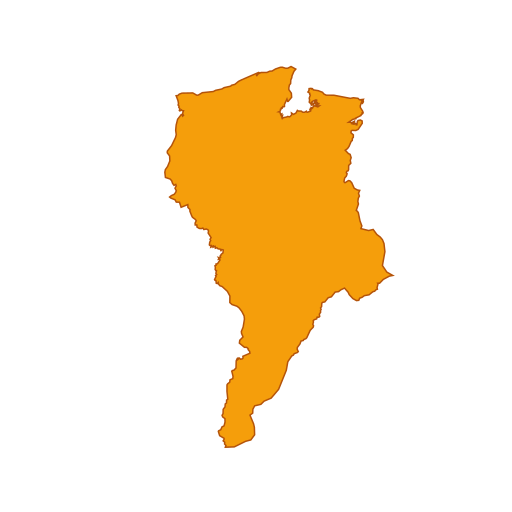 outline of Soalala, Boeny, Madagascar, rotated 22°
{"feature_id": "10022922B91378939255033", "entity_name": "Soalala", "entity_type": "district", "adm_level": 2, "iso_a3": "MDG", "parent_name": "Madagascar", "parent_adm1": "Boeny", "projection": "mercator", "projection_center": [45.414, -16.649], "detail": "fine", "context": "isolated", "style": "filled", "palette": "amber", "viewbox_px": 512, "rotation_deg": 22, "n_neighbors": 0, "source": "geoboundaries", "source_scale": "gbopen_adm2", "svg_char_len": 6046}
<svg xmlns="http://www.w3.org/2000/svg" viewBox="0 0 512 512"><g transform="rotate(22 256 256)"><path d="M303.3,100.3L304.8,93.2L303.8,91.0L301.8,90.8L299.9,92.1L299.6,93.2L300.4,96.6L299.7,96.8L299.2,95.9L298.5,95.8L297.6,97.1L296.0,97.3L296.9,96.2L296.2,96.1L297.1,94.9L296.8,94.1L294.6,96.9L293.4,96.6L291.8,97.3L294.6,93.0L297.1,91.3L296.7,90.9L300.7,86.4L300.5,85.8L301.4,84.3L300.8,83.7L301.7,83.1L300.7,81.8L297.2,79.3L296.4,77.8L296.3,74.2L297.5,74.6L297.8,72.8L297.4,72.1L296.9,72.2L297.2,72.8L295.8,72.4L296.8,71.8L296.9,70.5L293.4,72.4L291.5,71.6L287.0,72.8L284.4,74.5L268.2,77.7L260.8,80.6L258.1,80.3L256.4,79.3L251.7,79.4L247.0,80.5L245.6,79.7L244.9,80.3L244.3,79.9L242.5,80.9L243.1,82.7L242.7,84.5L244.9,85.0L245.2,86.0L246.1,86.5L246.2,89.7L247.3,91.4L247.7,93.4L250.9,94.8L250.3,95.7L252.7,94.2L252.0,93.0L250.2,93.0L250.0,92.5L250.3,91.6L253.1,88.7L253.8,88.9L252.7,90.3L252.8,92.3L253.4,92.2L253.1,90.5L253.5,89.9L253.5,90.7L254.0,90.3L256.0,90.9L254.5,90.7L253.9,92.6L255.6,92.4L257.7,90.7L256.6,92.1L255.2,92.8L255.6,93.1L254.4,93.6L255.8,93.7L255.9,94.2L258.4,93.1L257.5,94.6L254.2,94.8L253.1,95.9L253.0,97.4L251.6,97.7L252.3,98.4L251.3,98.9L252.1,99.6L252.2,100.5L251.5,100.5L252.2,101.3L249.8,103.5L248.9,103.5L248.5,102.9L247.1,104.6L245.4,105.2L243.7,104.7L240.9,105.7L239.8,105.5L239.5,108.4L237.8,110.6L235.3,110.1L236.2,111.8L235.3,114.0L234.8,114.5L233.1,114.7L232.4,115.6L229.6,117.4L228.9,118.7L228.5,118.2L228.3,118.8L228.0,116.2L227.5,117.0L226.3,115.9L227.0,115.3L226.7,114.5L225.8,115.5L224.2,113.5L223.1,113.8L224.1,112.7L224.1,111.1L223.7,110.8L224.7,109.5L223.4,109.1L224.8,109.1L224.8,107.4L225.9,107.3L226.4,106.7L225.6,104.9L225.9,98.9L227.4,100.8L227.9,100.6L229.6,95.5L227.8,91.8L224.1,89.4L223.4,87.6L222.9,84.9L223.5,83.2L222.3,79.7L222.4,77.4L221.9,75.4L222.0,70.6L222.9,67.8L217.5,67.2L215.2,69.9L213.3,70.8L209.7,71.1L207.9,71.9L204.0,75.3L201.6,78.5L199.5,79.5L197.4,81.7L191.9,84.0L189.9,86.2L189.0,89.1L188.8,86.4L190.4,84.8L189.7,84.8L176.7,98.0L174.4,100.6L172.1,104.8L169.3,106.9L168.9,108.0L163.4,111.8L161.7,114.0L156.5,117.5L154.8,119.5L145.0,124.7L142.3,128.3L141.0,129.1L136.3,128.5L126.4,132.7L124.2,134.7L123.5,136.4L121.9,137.3L125.4,141.1L127.0,143.6L127.2,145.2L128.5,145.9L128.8,147.2L130.3,148.0L130.4,149.8L131.1,150.0L132.1,148.4L133.2,148.9L134.4,148.5L134.5,151.4L136.1,152.7L135.6,153.8L134.4,152.6L133.7,152.9L132.1,158.6L132.9,164.4L134.4,169.5L136.6,173.4L137.0,176.3L136.4,185.3L134.5,192.0L135.1,193.6L138.4,195.6L140.5,200.1L140.5,206.1L139.6,209.8L140.1,212.5L142.6,217.1L147.5,216.8L149.6,217.8L151.4,219.9L153.5,221.2L154.8,219.7L155.8,220.9L155.5,223.5L157.6,225.3L157.7,227.0L157.1,229.4L154.9,231.7L153.8,233.7L155.3,234.2L159.9,234.2L161.9,235.9L164.9,234.8L168.3,238.9L173.5,233.9L174.7,236.5L177.3,237.6L177.9,239.2L181.3,242.8L182.6,243.9L186.0,244.8L187.4,245.7L187.2,248.3L188.0,250.0L189.5,249.4L190.5,251.3L193.1,251.7L195.0,251.1L196.3,250.0L197.7,251.0L199.8,249.6L201.7,249.7L202.6,250.6L203.0,252.6L207.5,255.8L207.1,257.7L208.2,258.7L207.9,260.5L208.6,263.2L209.3,263.5L210.5,263.0L210.8,264.7L212.7,262.5L213.3,262.7L213.2,263.6L214.6,262.4L215.4,264.0L216.6,263.0L218.2,263.6L220.1,263.0L221.5,264.1L221.8,262.8L223.4,262.7L224.2,265.5L223.0,267.7L223.2,268.6L222.7,269.6L223.7,270.6L223.2,271.4L221.8,271.5L222.5,272.0L222.4,273.1L223.2,272.6L224.1,273.2L223.2,277.5L221.9,278.5L222.5,279.4L221.6,280.4L222.7,282.0L223.1,283.7L224.1,284.5L224.8,284.3L225.3,287.1L226.5,287.9L225.8,289.2L226.6,289.8L226.4,293.4L227.1,293.9L228.0,293.7L229.4,296.2L230.5,296.0L230.9,294.8L231.6,296.0L233.6,297.1L236.1,297.0L242.7,299.5L246.8,302.9L249.2,309.0L252.0,310.0L257.1,309.7L259.7,310.4L263.6,312.7L267.4,316.0L268.9,318.8L269.6,321.8L270.7,326.8L270.7,331.5L271.6,333.2L274.3,335.9L272.5,340.2L273.2,343.0L279.5,345.0L281.6,344.2L283.4,344.8L283.8,345.8L285.8,346.8L286.8,348.4L281.4,353.9L282.2,355.4L282.0,356.3L280.4,357.5L278.8,356.9L278.0,358.7L277.4,357.5L277.0,358.0L276.9,360.6L279.4,367.3L278.2,370.3L276.9,371.1L276.7,371.9L279.8,376.2L280.4,378.4L278.3,380.5L278.9,382.9L277.6,385.1L277.4,386.4L279.8,392.4L283.5,399.4L282.7,400.6L283.7,403.4L282.9,404.7L283.8,407.5L283.0,410.4L284.5,414.5L284.2,416.4L285.4,417.7L288.1,418.4L289.5,421.6L290.0,425.5L288.5,427.1L288.4,430.3L286.8,432.1L286.8,432.8L289.6,436.2L294.7,437.0L295.1,437.8L294.8,439.7L296.7,440.3L297.3,442.1L299.1,442.9L299.2,444.8L307.4,441.1L315.8,431.7L320.1,428.5L321.7,422.3L318.7,415.5L316.6,412.5L310.0,405.8L311.8,402.9L310.5,399.3L310.9,395.4L316.1,391.7L317.9,387.5L323.3,382.1L326.9,371.2L326.9,350.6L325.1,342.1L326.6,335.3L327.8,333.9L328.0,332.3L330.5,330.0L331.0,328.8L329.0,326.9L328.6,325.3L329.7,321.1L329.6,318.0L331.5,316.6L331.6,315.5L333.2,314.0L333.7,312.7L334.1,304.6L335.7,300.6L335.5,299.1L334.3,298.1L334.0,295.7L333.3,294.6L333.9,293.2L335.8,291.6L335.6,289.8L337.2,289.2L337.7,288.2L336.5,286.2L337.0,284.0L336.2,282.3L336.4,281.2L335.3,280.0L335.8,278.4L334.7,275.2L335.0,274.1L337.0,272.8L338.6,267.6L341.2,265.6L342.9,259.8L345.9,258.1L347.3,255.6L350.1,252.6L355.0,255.1L356.9,256.9L361.8,259.2L365.9,259.7L367.9,258.6L367.9,256.3L369.8,254.6L371.3,252.2L375.4,249.6L377.7,245.4L379.2,244.2L379.9,242.3L381.0,241.3L380.1,240.0L379.6,236.2L379.0,235.7L380.8,234.9L382.8,230.0L387.1,224.8L390.1,222.8L383.3,221.9L376.8,217.5L373.9,203.7L370.0,196.5L367.1,193.5L364.1,191.9L360.0,190.8L354.7,187.5L350.9,190.2L343.0,191.3L342.9,188.5L339.2,184.4L334.7,177.6L333.4,176.6L331.9,176.2L331.5,169.4L330.0,167.3L329.2,164.0L329.4,161.7L327.5,159.4L327.6,156.3L325.3,156.8L321.7,156.4L317.2,152.1L314.9,151.1L313.5,151.4L311.2,154.6L310.5,154.7L309.6,153.9L309.0,150.4L309.8,148.3L309.8,146.7L309.6,145.5L308.6,145.1L308.4,144.2L308.7,143.1L309.5,142.5L309.5,141.2L308.0,137.3L309.2,134.5L307.6,132.1L307.4,129.2L305.2,126.5L303.3,126.4L299.1,124.5L300.6,122.2L301.2,119.6L301.3,114.0L302.0,112.9L301.3,110.8L301.8,109.6L300.9,107.2L297.9,106.2L297.4,104.4L298.0,103.5L301.5,102.3L303.3,100.3Z" fill="#f59e0b" stroke="#b45309" stroke-width="1.5"/></g></svg>